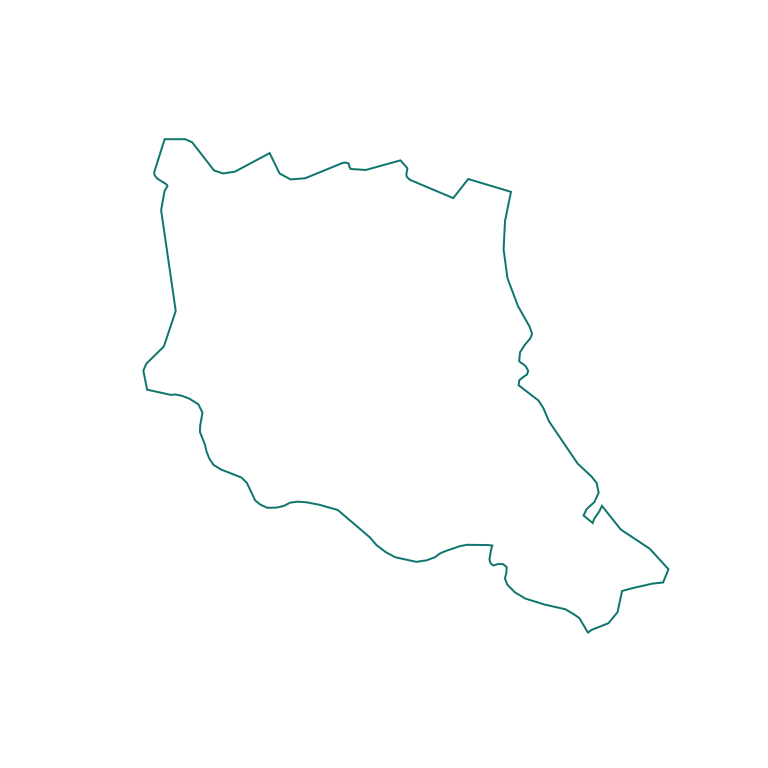 outline of Gipuzkoa, rotated 76°
{"feature_id": "ESP-5823", "entity_name": "Gipuzkoa", "entity_type": "Autonomous Community", "adm_level": 1, "iso_a3": "ESP", "parent_name": "Spain", "parent_adm1": "", "projection": "albers", "projection_center": [-2.13, 43.148], "detail": "fine", "context": "isolated", "style": "outline", "palette": "teal", "viewbox_px": 768, "rotation_deg": 76, "n_neighbors": 0, "source": "natural_earth", "source_scale": "10m", "svg_char_len": 1795}
<svg xmlns="http://www.w3.org/2000/svg" viewBox="0 0 768 768"><g transform="rotate(76 384 384)"><path d="M644.1,161.2L642.6,172.1L642.2,191.7L642.4,203.1L661.9,212.6L670.4,224.1L672.8,242.2L674.6,246.2L674.5,246.3L658.5,251.0L652.8,256.0L646.4,262.6L636.8,281.7L626.3,298.9L617.8,307.4L608.5,312.9L601.8,313.7L597.1,311.1L591.3,309.2L587.6,312.0L586.3,316.9L586.5,321.9L583.8,323.9L580.0,324.2L571.1,320.4L566.9,318.0L565.3,322.5L560.1,342.4L559.7,349.5L560.9,363.9L561.9,370.5L564.4,376.5L565.4,385.3L564.4,395.6L554.8,415.1L547.2,423.3L538.4,430.3L529.4,434.8L495.0,459.4L485.4,476.2L480.0,487.9L477.3,496.2L476.4,503.7L478.0,510.5L478.0,517.9L475.9,527.1L471.3,533.0L465.9,537.1L446.8,541.0L440.3,544.9L427.5,562.9L421.2,569.0L414.3,571.5L406.8,572.5L399.5,572.4L386.1,574.2L380.1,572.5L367.9,567.1L358.8,569.0L351.0,576.6L346.8,582.5L343.9,588.5L342.8,593.9L332.2,615.2L312.9,614.3L306.8,609.7L294.3,588.5L262.7,568.4L161.4,558.2L143.6,550.2L139.5,546.2L137.8,546.7L129.8,554.3L126.1,556.0L123.2,555.9L93.4,537.6L98.4,517.6L103.0,511.7L135.6,497.3L140.8,489.2L141.9,477.2L132.3,439.1L154.5,434.4L162.9,425.1L165.3,410.7L159.5,370.6L159.8,367.8L161.4,365.1L163.1,364.8L165.1,365.1L167.3,364.3L171.9,350.0L171.0,313.9L180.3,309.1L186.3,311.7L188.6,311.7L192.2,309.4L220.4,271.9L205.5,252.7L228.3,214.3L255.0,227.1L282.4,235.4L311.2,238.6L340.8,235.2L363.4,228.9L371.2,228.2L375.2,231.1L379.9,237.7L386.1,244.3L394.4,247.3L396.2,246.3L398.4,244.1L401.6,242.0L406.2,240.9L409.4,243.0L411.0,247.4L413.0,251.7L417.8,253.7L437.4,238.1L445.9,235.2L460.0,233.0L508.2,215.3L523.7,205.2L531.4,201.6L541.4,202.0L549.5,208.5L554.4,217.6L559.8,222.2L569.3,215.2L565.5,212.5L559.6,205.8L555.0,202.0L582.6,189.4L608.0,166.1L632.5,152.8L644.1,161.2Z" fill="none" stroke="#0f766e" stroke-width="2"/></g></svg>